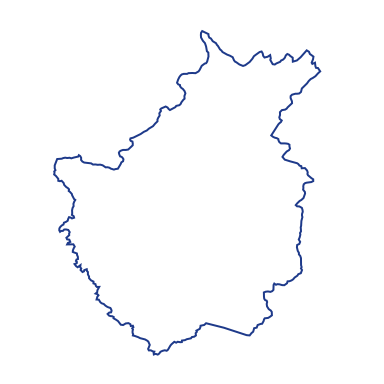 Castro, Paraná, Brazil, rotated 86°
{"feature_id": "56859067B62278362506794", "entity_name": "Castro", "entity_type": "district", "adm_level": 2, "iso_a3": "BRA", "parent_name": "Brazil", "parent_adm1": "Paraná", "projection": "natural_earth1", "projection_center": [-49.875, -24.807], "detail": "fine", "context": "isolated", "style": "outline", "palette": "blue", "viewbox_px": 384, "rotation_deg": 86, "n_neighbors": 0, "source": "geoboundaries", "source_scale": "gbopen_adm2", "svg_char_len": 5934}
<svg xmlns="http://www.w3.org/2000/svg" viewBox="0 0 384 384"><g transform="rotate(86 192 192)"><path d="M307.8,284.7L309.5,283.4L310.1,282.0L310.4,280.2L311.3,278.8L312.5,279.1L314.1,276.7L315.6,274.8L319.4,272.3L319.9,270.0L318.5,267.3L318.4,264.5L319.6,262.7L321.4,262.4L321.3,260.3L322.8,259.9L323.8,261.2L325.1,260.5L326.5,261.0L328.5,261.1L329.7,260.6L331.0,261.0L331.7,258.9L333.0,255.9L334.2,253.9L335.8,249.1L337.3,246.9L338.2,246.0L341.6,244.8L345.5,246.7L347.0,246.1L347.1,244.1L348.3,242.1L348.6,240.8L349.8,241.5L351.4,241.4L350.9,239.6L351.8,237.5L350.9,236.0L349.2,234.6L348.4,232.5L348.0,230.2L348.6,228.3L347.7,227.0L343.6,224.2L342.5,223.1L340.2,220.1L341.2,218.3L340.4,216.7L341.0,214.3L341.0,212.6L339.5,212.4L339.3,209.4L338.5,207.5L337.9,203.3L336.7,202.2L336.5,199.9L335.4,198.1L333.1,198.2L331.8,196.9L330.6,197.3L329.1,193.9L327.5,193.1L326.0,192.8L325.5,189.1L323.9,187.1L329.6,169.7L338.6,147.5L339.1,144.5L336.9,142.5L335.6,140.7L332.2,139.5L331.8,136.9L329.3,135.8L328.4,132.7L328.3,131.2L325.6,129.5L324.2,129.1L323.1,128.3L322.9,124.8L321.9,122.9L320.6,120.9L317.2,120.8L315.7,121.7L314.2,123.6L311.4,125.1L308.9,125.3L307.0,124.7L305.6,125.1L305.0,126.5L303.5,127.4L301.4,127.5L297.2,127.3L296.6,125.4L296.5,123.2L297.1,120.7L296.5,118.9L295.3,117.6L290.4,117.1L289.1,116.3L290.4,114.7L289.9,113.3L290.2,111.2L291.2,108.5L291.4,106.4L289.7,103.6L287.8,102.9L287.8,101.0L287.1,98.8L286.1,97.1L284.5,95.6L282.8,92.7L281.4,91.7L280.6,89.1L277.5,87.7L275.8,88.6L274.6,87.9L272.6,88.3L265.6,87.9L263.3,88.5L261.7,89.7L260.1,89.6L258.1,90.6L254.5,91.2L252.2,90.8L251.3,88.6L249.3,87.6L246.8,88.8L244.9,87.8L242.1,86.9L240.5,87.1L238.8,86.0L234.8,86.0L233.3,85.5L228.5,84.9L224.7,83.6L223.4,83.9L221.7,83.8L219.5,82.9L217.6,83.0L215.5,83.5L213.9,85.9L213.6,88.2L212.3,89.4L210.6,87.8L208.4,85.2L207.6,83.5L205.8,81.2L201.4,79.3L199.8,79.4L197.4,81.0L195.8,80.6L194.0,80.6L192.1,80.0L191.0,78.5L190.7,77.0L190.4,72.3L189.6,70.3L187.8,70.2L186.6,71.8L183.4,75.1L182.1,75.6L180.5,75.2L178.6,75.7L176.0,77.7L176.0,80.9L173.8,81.2L173.2,82.9L171.5,84.0L170.6,85.2L168.2,92.1L166.2,97.2L163.3,99.3L161.3,97.9L158.2,94.7L157.0,92.3L155.5,91.2L153.4,91.6L151.6,91.5L150.6,92.9L150.1,95.1L149.7,99.9L148.3,101.4L146.6,102.1L145.2,102.2L144.2,103.7L143.6,105.6L142.7,107.2L141.1,109.0L130.5,101.1L129.5,100.0L128.4,98.4L126.9,97.5L125.4,99.3L123.6,99.7L121.3,98.8L118.5,98.7L116.6,96.6L116.3,93.3L115.4,91.7L114.3,90.8L110.4,86.0L108.4,86.0L105.1,87.1L103.2,86.9L101.9,85.4L101.2,82.1L101.3,80.1L101.2,78.2L99.8,76.3L96.4,75.2L91.7,69.7L89.4,67.8L87.6,65.7L86.7,63.6L85.1,60.8L82.4,58.0L80.6,55.7L77.1,57.7L76.8,59.6L75.2,60.1L71.6,60.3L72.6,63.0L71.4,63.6L68.0,62.0L65.4,61.4L62.5,64.8L60.3,65.5L58.7,67.7L65.2,74.3L68.1,78.2L69.0,82.3L65.0,82.2L63.0,84.7L61.9,85.5L61.0,87.3L62.3,88.9L64.5,90.0L65.6,91.1L66.5,92.3L66.9,93.8L68.3,95.0L69.6,98.8L70.6,100.5L70.1,102.6L65.7,104.7L64.2,104.1L60.9,104.5L62.4,107.2L62.9,110.3L61.1,111.5L58.7,111.8L56.7,112.8L57.1,114.8L59.5,118.7L60.9,120.8L63.2,122.4L66.3,125.4L69.2,130.0L69.8,132.3L68.1,135.8L65.7,138.7L65.0,139.9L63.6,140.9L60.4,142.0L58.6,144.8L57.4,147.4L54.5,151.8L52.9,152.8L51.7,154.1L48.0,156.0L46.8,157.0L45.3,157.6L43.0,160.8L40.2,162.4L39.2,164.0L37.3,164.6L35.6,164.6L32.2,170.6L33.9,171.9L36.1,172.2L38.5,172.2L41.9,170.6L44.4,168.7L47.8,167.8L52.6,167.3L54.0,166.0L58.0,166.1L63.0,167.8L64.5,168.9L64.8,170.4L66.8,173.5L70.8,175.9L72.2,177.1L73.7,180.2L73.3,183.4L73.2,187.2L73.8,188.6L73.6,192.1L74.0,194.0L75.0,195.3L76.5,196.6L78.9,198.0L82.0,199.3L83.7,198.2L84.5,196.5L85.8,196.5L87.4,195.4L88.6,193.9L90.8,192.4L93.1,191.7L95.8,192.9L98.4,192.9L99.4,194.2L101.9,196.4L103.3,197.1L104.5,198.5L105.0,201.7L106.2,202.7L108.7,208.3L107.6,209.5L106.0,210.5L104.9,212.3L106.5,216.8L107.4,217.9L109.0,217.3L111.2,219.1L113.4,218.9L115.7,220.6L117.3,221.4L119.1,221.5L121.2,224.0L123.6,226.3L125.8,230.6L127.5,232.8L128.6,235.8L130.6,239.2L133.7,246.8L134.2,249.6L135.5,250.1L136.7,249.6L137.5,247.9L139.6,247.7L141.3,247.9L145.2,252.7L145.4,254.9L145.2,257.8L145.7,259.8L146.5,261.4L147.8,262.2L149.5,261.9L151.5,261.2L152.0,259.8L153.0,258.9L154.5,258.1L156.5,258.6L157.5,260.4L159.3,261.3L163.6,264.3L163.8,266.8L164.2,268.3L163.0,271.4L162.0,272.7L161.4,274.6L161.4,276.4L159.1,279.3L158.3,281.7L158.3,284.2L157.8,286.3L157.7,288.9L156.4,290.6L155.1,297.5L154.0,299.2L152.3,300.4L150.1,300.2L148.4,301.0L147.4,302.3L148.7,303.0L149.4,307.5L150.0,310.1L149.3,311.7L149.4,314.2L148.9,316.1L149.2,318.2L149.7,319.6L149.7,324.2L155.9,327.1L158.9,327.3L160.7,326.7L161.9,328.0L163.3,327.8L164.9,328.3L166.4,326.7L169.5,324.5L171.5,324.6L172.0,323.0L171.7,321.3L174.1,319.4L176.0,319.0L178.4,317.0L179.3,315.7L180.7,314.5L182.4,314.9L183.3,313.8L185.6,312.0L186.9,311.8L190.8,310.1L191.8,309.0L193.3,310.1L195.5,311.1L197.9,311.1L199.5,312.2L201.8,312.9L205.1,313.0L206.5,313.4L207.9,311.7L209.4,311.4L210.0,313.6L209.1,314.7L208.5,316.4L210.2,317.4L212.0,318.0L213.0,319.8L213.7,321.9L215.5,322.5L216.2,324.1L217.5,325.7L219.0,326.8L220.9,327.1L222.5,326.4L221.7,325.2L221.8,323.5L220.5,322.1L220.6,320.2L221.2,318.1L223.5,316.8L224.9,317.5L226.5,317.5L228.9,320.5L230.5,319.9L231.0,317.7L233.3,316.9L234.2,319.4L235.6,320.2L235.9,314.0L238.3,312.8L240.0,314.0L242.0,314.9L243.5,315.1L245.3,311.1L247.0,311.0L248.6,310.4L250.9,310.4L251.3,311.9L252.7,312.6L253.8,311.7L255.0,312.0L255.7,314.2L258.0,312.7L259.1,311.3L257.2,308.4L259.2,308.8L260.6,307.8L262.0,308.6L264.2,306.8L263.6,305.3L262.4,304.9L261.7,302.4L263.4,302.3L264.6,301.4L267.0,301.6L269.1,300.6L270.8,300.7L273.1,298.9L274.5,296.5L276.3,296.7L277.2,294.7L278.9,294.5L280.1,293.5L280.2,291.2L283.4,293.2L285.4,293.6L286.6,295.2L287.3,293.5L288.5,292.5L289.8,293.7L292.6,294.7L292.9,292.5L295.6,291.1L296.7,289.9L297.6,287.8L299.2,286.4L300.4,284.9L301.1,283.7L302.0,281.5L303.5,280.8L304.9,280.5L306.4,281.1L306.5,283.0L307.8,284.7Z" fill="none" stroke="#1e3a8a" stroke-width="2"/></g></svg>